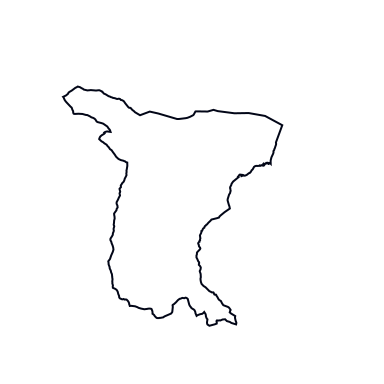 outline of Ceahlau, Neamt, Romania, rotated 339°
{"feature_id": "2599482B21330814812999", "entity_name": "Ceahlau", "entity_type": "district", "adm_level": 2, "iso_a3": "ROU", "parent_name": "Romania", "parent_adm1": "Neamt", "projection": "mercator", "projection_center": [25.941, 47.008], "detail": "fine", "context": "isolated", "style": "outline", "palette": "ink", "viewbox_px": 384, "rotation_deg": 339, "n_neighbors": 0, "source": "geoboundaries", "source_scale": "gbopen_adm2", "svg_char_len": 6003}
<svg xmlns="http://www.w3.org/2000/svg" viewBox="0 0 384 384"><g transform="rotate(339 192 192)"><path d="M185.7,331.4L186.3,330.5L186.6,329.7L186.6,327.8L186.9,325.7L187.1,324.7L187.9,323.3L184.8,319.3L184.1,317.9L184.6,317.4L184.7,316.9L184.9,316.7L185.6,316.2L185.8,315.8L185.1,313.2L184.4,312.2L180.8,309.0L180.5,308.4L180.4,307.5L180.2,307.1L179.9,304.1L178.8,302.7L178.3,301.3L178.1,299.3L177.6,297.2L177.7,296.8L177.5,296.3L176.2,295.8L176.1,295.4L176.1,293.6L176.0,293.4L174.3,292.7L174.0,292.1L172.7,290.8L170.5,285.8L169.1,283.9L168.0,281.2L168.1,279.1L168.5,277.1L168.9,275.9L169.7,274.7L170.7,271.6L170.8,268.9L171.1,268.3L172.1,267.5L173.1,265.8L173.1,264.8L172.8,263.5L172.3,262.5L172.6,261.7L173.3,260.8L173.4,260.0L173.0,259.0L172.9,256.2L172.7,254.8L173.4,252.9L174.2,252.0L174.9,250.4L175.6,249.9L178.8,248.4L179.5,247.8L179.6,246.8L179.1,245.5L179.1,244.9L179.4,243.9L179.3,243.1L179.4,242.0L180.7,241.1L181.2,241.1L181.4,240.4L182.2,240.0L182.2,239.6L183.3,238.1L183.2,237.8L183.6,236.6L183.7,235.7L184.2,235.0L185.8,233.6L186.6,232.5L186.7,231.9L187.6,231.8L188.6,230.7L189.3,230.1L190.8,229.7L191.2,229.0L191.8,228.5L192.7,228.3L193.7,227.7L194.3,227.7L196.2,226.6L198.9,225.5L200.3,224.7L206.0,225.4L208.1,225.5L208.9,224.7L210.7,224.0L215.2,222.5L221.4,221.0L221.8,218.7L221.8,217.2L222.2,212.7L222.7,211.5L225.7,207.7L227.2,206.6L228.0,205.3L228.5,204.8L228.7,203.5L229.0,202.7L228.9,202.3L229.3,201.2L231.2,199.5L231.9,198.5L234.1,197.0L240.8,194.8L240.6,194.1L241.2,194.0L241.6,193.5L242.4,193.0L243.0,192.9L244.1,193.5L243.8,194.3L243.8,194.9L244.6,194.9L244.9,194.4L245.4,194.2L246.1,194.7L246.1,195.1L246.2,195.3L247.3,195.7L249.1,195.7L251.6,194.9L252.3,194.8L252.2,194.9L252.6,195.0L254.4,194.1L255.3,193.2L256.8,192.6L258.9,190.8L260.0,190.5L261.3,190.6L262.1,191.0L264.5,191.8L264.8,191.5L265.5,192.1L266.1,191.8L266.4,191.8L267.9,193.0L268.9,193.0L269.3,192.6L269.4,192.4L269.1,191.9L268.6,192.1L268.3,191.8L268.4,191.5L268.7,191.4L269.1,191.1L269.8,191.9L270.1,192.1L271.3,191.6L271.4,192.0L271.7,192.0L271.9,191.6L272.6,191.6L272.9,191.7L273.3,192.4L273.4,193.2L273.6,193.3L273.9,192.9L274.3,192.5L275.3,193.1L275.6,193.8L276.3,191.8L276.9,190.5L278.6,188.1L281.6,185.2L282.3,184.2L282.7,183.0L283.8,182.2L284.5,181.2L285.3,180.5L285.7,179.9L287.4,177.9L287.8,177.2L288.0,176.1L288.3,175.6L300.2,162.0L287.5,147.2L273.2,138.6L259.8,133.7L245.0,125.7L241.5,123.0L235.5,122.5L224.5,118.1L224.0,118.1L221.3,120.4L220.7,120.7L217.2,121.1L214.3,121.1L212.5,120.8L205.7,119.1L204.2,118.5L188.6,106.6L181.4,101.8L171.0,101.7L167.3,97.0L166.9,95.9L165.9,94.3L165.3,93.1L165.2,92.3L164.9,91.8L164.4,91.2L163.6,90.9L163.3,90.6L162.9,89.8L161.5,85.4L160.9,82.9L160.6,82.4L159.6,81.2L158.5,80.5L158.3,79.7L158.0,79.3L157.2,78.7L155.6,78.4L155.2,78.2L153.6,76.8L151.8,75.7L151.1,74.9L150.2,74.3L149.5,73.4L148.5,72.7L146.5,70.0L144.9,68.4L144.5,67.0L144.1,66.5L144.2,66.1L142.1,63.9L140.8,63.4L138.8,62.9L134.1,60.6L130.8,59.7L127.7,57.6L127.0,56.4L126.1,55.5L125.1,54.1L123.1,52.6L121.7,52.9L120.6,52.9L116.1,54.2L113.2,54.7L112.3,55.0L111.6,55.8L109.1,56.7L105.8,57.0L106.0,57.6L106.1,60.3L106.5,62.0L107.0,63.4L109.2,68.8L109.9,70.1L109.8,72.4L110.0,73.9L109.5,75.5L109.6,76.5L110.5,77.1L113.9,78.2L117.7,79.9L120.5,82.0L121.9,82.7L123.9,84.9L124.8,86.2L126.3,87.4L127.2,88.5L127.8,89.7L128.2,91.9L128.8,92.8L132.3,95.3L133.6,96.4L136.4,100.5L136.9,102.8L137.4,104.0L137.6,104.9L137.5,106.7L134.4,105.0L132.5,104.8L131.3,105.1L131.5,105.9L130.8,106.2L128.0,106.7L126.6,107.2L125.9,107.6L124.6,108.9L124.3,109.4L125.7,112.3L126.9,113.7L127.6,115.1L129.2,117.2L129.7,119.1L130.3,120.3L130.8,122.6L131.9,124.1L132.5,126.6L133.3,129.4L133.8,131.9L135.2,134.8L137.0,136.7L139.3,138.3L139.7,138.8L140.5,139.4L140.7,139.9L141.1,140.5L142.1,141.3L141.0,144.4L139.2,147.5L138.5,148.5L138.1,149.9L137.3,151.2L136.9,152.8L134.9,154.7L134.1,155.3L133.1,156.7L131.9,157.9L129.7,158.9L129.3,159.4L128.2,160.1L127.8,160.5L127.4,162.0L125.5,163.0L125.4,163.3L125.1,165.9L124.6,166.6L124.1,167.0L123.8,167.5L123.6,169.2L123.5,169.5L121.5,171.2L120.4,172.4L118.0,174.5L117.5,175.6L117.4,176.2L117.5,178.0L117.0,179.8L115.6,180.8L114.9,182.0L112.4,183.6L111.5,184.3L111.1,185.7L110.9,187.0L110.4,188.7L110.2,189.2L109.1,190.7L108.0,193.1L107.2,194.4L107.1,194.9L107.2,195.5L107.1,196.2L105.7,198.1L105.3,199.2L105.2,200.0L104.6,200.9L103.4,202.1L102.7,203.6L101.4,204.7L99.2,206.3L98.6,207.5L98.8,210.0L98.6,210.9L98.7,213.5L98.5,215.7L98.0,217.7L96.5,219.6L93.8,222.3L91.4,225.2L89.0,226.7L88.8,227.9L88.2,229.8L88.2,232.6L87.9,233.3L87.8,234.3L88.0,236.1L87.7,238.1L87.8,239.7L87.6,240.8L87.2,242.1L87.2,242.4L86.8,243.6L86.6,244.8L85.4,247.2L85.4,247.6L84.9,248.7L84.7,250.9L84.1,251.9L83.8,253.1L85.5,254.8L86.4,256.1L86.7,256.9L86.9,258.5L86.6,260.9L86.7,262.7L86.3,264.2L86.4,265.0L86.7,265.6L88.1,267.0L88.9,267.4L89.8,267.4L90.7,268.4L91.8,268.6L92.4,269.1L93.1,270.7L93.4,272.1L93.4,273.4L93.1,274.6L93.2,275.2L93.1,276.1L94.5,276.5L97.9,278.3L99.8,280.0L100.6,281.0L102.7,282.6L105.5,284.4L108.4,285.1L109.3,285.2L111.0,285.8L112.1,286.5L112.3,286.8L112.3,289.0L111.9,290.6L111.5,291.5L112.0,292.2L112.6,293.4L112.7,294.2L113.0,295.1L113.8,296.8L114.3,297.2L116.0,297.9L116.7,297.9L117.4,298.2L120.3,298.7L121.6,298.3L128.9,298.0L130.4,297.1L130.7,296.7L132.9,292.4L133.3,290.7L133.6,290.5L135.0,290.2L137.4,289.3L140.1,287.9L142.2,287.3L142.9,287.5L145.0,287.4L146.8,288.4L148.0,288.3L148.5,288.6L149.1,289.2L149.7,290.3L149.1,295.8L149.1,297.0L149.4,298.4L149.6,298.7L149.8,299.9L150.6,301.2L151.4,302.1L152.0,303.3L152.1,305.1L151.8,306.4L151.9,309.3L153.0,309.0L155.8,309.0L158.0,309.4L159.5,308.9L160.4,308.4L160.9,310.8L160.8,311.8L160.4,313.2L160.4,315.4L160.8,316.4L159.3,319.0L158.9,320.5L159.0,321.3L160.3,323.1L165.9,323.7L167.9,323.7L168.3,322.9L168.4,322.1L168.6,321.3L169.0,320.9L169.3,320.8L170.3,321.4L171.7,321.7L172.4,322.1L174.9,322.0L177.3,322.7L178.3,325.0L180.8,326.9L181.4,327.8L182.0,328.5L185.7,331.4Z" fill="none" stroke="#020617" stroke-width="2"/></g></svg>